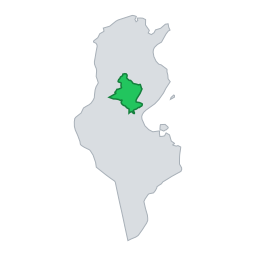 Sidi Bou Zid highlighted on a map of Tunisia
{"feature_id": "TUN-113", "entity_name": "Sidi Bou Zid", "entity_type": "Governorate", "adm_level": 1, "iso_a3": "TUN", "parent_name": "Tunisia", "parent_adm1": "", "projection": "robinson", "projection_center": [9.5, 34.865], "detail": "fine", "context": "in_parent", "style": "filled", "palette": "green", "viewbox_px": 256, "rotation_deg": 0, "n_neighbors": 0, "source": "natural_earth", "source_scale": "10m", "svg_char_len": 4624}
<svg xmlns="http://www.w3.org/2000/svg" viewBox="0 0 256 256"><path d="M180.7,147.0L180.7,147.8L179.8,153.9L179.6,156.0L179.5,159.7L179.5,164.1L181.6,167.8L181.7,169.5L180.9,171.4L177.0,173.5L171.9,176.3L167.6,179.0L162.8,181.9L161.4,183.8L159.0,185.3L157.0,186.7L156.7,188.1L155.3,190.7L153.5,192.9L149.0,193.8L148.1,194.5L146.0,197.6L145.1,198.9L143.9,201.5L145.4,208.2L147.4,215.2L147.7,218.1L147.7,220.5L146.6,223.1L144.2,226.8L142.5,229.5L139.0,234.4L138.0,235.6L135.7,237.1L131.1,239.0L127.9,240.6L126.3,233.2L124.9,226.8L123.8,221.5L121.8,212.2L120.0,204.3L118.3,196.5L116.8,189.4L115.3,182.2L114.6,181.1L109.9,177.8L105.6,174.6L101.2,171.1L96.3,167.2L95.6,162.4L93.1,155.1L90.5,151.0L89.6,149.9L84.3,147.3L81.3,145.4L80.4,144.3L79.9,141.3L77.7,135.4L75.3,130.0L74.4,126.4L74.3,121.8L74.8,118.5L75.9,117.1L81.1,113.0L83.5,108.0L86.4,106.2L89.0,104.8L91.0,103.2L92.9,100.6L94.3,97.8L94.5,94.8L95.1,90.0L96.1,86.7L98.3,82.9L97.4,79.9L96.2,76.6L96.6,70.9L96.3,68.6L95.4,66.6L94.5,64.0L94.4,61.8L95.4,56.1L96.1,51.8L97.2,46.1L96.8,44.5L96.0,43.3L93.6,42.1L93.5,41.3L94.1,40.5L97.8,37.7L99.8,33.7L101.4,32.8L103.9,31.4L103.8,29.8L103.3,28.1L109.7,26.2L115.9,21.2L118.1,20.0L132.3,15.4L134.2,15.7L136.3,16.4L135.7,18.1L134.9,19.4L136.1,21.8L137.8,20.4L137.4,19.4L137.3,18.1L140.2,18.0L142.8,18.2L145.6,19.6L145.5,25.0L149.3,30.4L148.2,33.0L151.3,34.6L154.1,32.7L155.5,29.9L160.6,28.3L165.4,24.2L168.1,23.8L168.7,27.2L170.0,30.1L168.2,31.1L165.9,34.2L161.5,42.1L157.4,44.5L154.4,47.5L153.4,49.7L153.1,52.2L153.9,56.7L156.1,61.3L158.7,64.1L161.2,64.9L167.0,69.3L167.0,71.9L167.8,75.0L168.1,78.8L170.2,81.7L165.9,88.3L163.5,93.0L158.9,99.5L154.8,103.8L146.0,110.1L143.8,112.2L142.4,114.3L141.7,116.6L142.0,119.3L144.9,125.8L148.8,129.7L152.8,131.8L159.6,130.9L159.4,133.4L159.9,136.5L162.7,136.3L164.6,135.8L166.1,132.9L169.5,134.9L171.3,141.1L174.1,143.0L174.5,143.7L173.5,144.2L172.7,144.9L173.5,145.4L176.3,146.1L178.0,145.6L180.7,147.0ZM166.1,129.9L165.4,130.0L164.1,130.9L163.5,131.0L161.5,130.0L160.8,130.0L159.9,129.3L160.2,125.6L160.5,124.6L165.1,124.4L167.7,126.7L168.1,127.2L168.2,127.9L167.0,129.1L166.1,129.9ZM174.4,97.2L170.4,99.4L171.1,97.4L173.8,95.0L174.5,95.6L174.4,97.2Z" fill="#d9dde1" stroke="#a8b0b8" stroke-width="1"/><path d="M124.8,73.7L126.2,73.9L126.9,74.8L127.1,75.2L127.1,75.3L127.0,76.4L126.9,76.8L126.7,77.8L126.8,78.0L127.0,78.4L129.0,80.2L129.1,80.3L129.6,80.4L129.9,80.4L130.2,80.4L130.3,80.4L130.6,80.4L132.2,82.1L132.3,82.2L132.5,82.7L132.6,82.8L132.9,83.2L133.1,83.3L133.4,83.4L134.1,83.7L136.1,84.1L138.4,84.8L138.5,84.9L138.8,84.8L140.1,84.4L140.3,84.5L141.4,87.9L141.5,88.2L142.0,88.9L140.0,93.5L136.9,98.4L136.3,99.7L136.1,100.2L136.1,100.4L136.0,100.9L136.0,101.2L136.2,101.8L136.2,102.0L136.3,102.1L139.3,102.5L139.8,102.7L142.0,103.7L142.1,103.8L142.2,104.0L142.3,104.1L142.2,104.8L142.0,105.4L142.0,105.6L141.9,105.7L141.8,105.8L141.7,105.9L141.6,106.0L140.3,106.7L140.1,106.9L139.7,107.3L139.5,107.5L139.3,107.5L138.7,107.5L138.4,107.5L138.2,107.6L137.0,108.6L136.7,108.8L136.2,109.1L134.6,109.6L133.9,110.0L133.6,110.3L133.3,110.6L133.2,110.8L133.2,111.0L133.3,111.1L133.8,111.5L134.0,111.8L134.1,112.0L134.3,112.4L134.3,112.6L134.4,112.8L134.4,113.2L134.4,113.3L134.3,113.5L134.2,113.5L133.9,113.5L133.6,113.4L133.1,113.2L133.0,112.9L132.9,112.7L132.7,112.4L132.4,112.2L131.9,111.9L131.7,111.8L131.2,111.8L130.1,112.2L129.8,112.4L129.0,113.1L129.1,109.3L129.1,109.2L128.8,108.9L128.5,108.7L127.3,108.1L127.1,108.0L126.4,107.4L126.2,107.2L125.7,106.4L125.4,106.2L125.2,106.0L123.6,105.4L123.4,105.3L123.1,105.1L122.4,104.5L121.9,104.0L121.6,103.6L121.5,103.4L121.3,103.0L121.3,102.7L121.2,102.5L121.2,102.4L121.3,102.3L121.3,102.0L121.9,100.4L122.0,100.3L122.0,100.2L121.9,100.1L121.5,100.1L121.3,100.1L121.0,100.3L120.7,100.4L120.3,100.3L118.6,99.5L115.9,99.0L113.4,98.9L109.1,97.3L115.6,93.6L115.8,93.4L115.8,93.2L115.7,93.2L115.3,93.0L115.2,92.9L115.1,92.7L114.9,92.4L115.0,92.2L115.2,91.9L116.0,91.0L116.2,90.7L116.4,90.3L116.5,90.1L116.7,89.8L116.9,89.4L117.1,89.3L117.2,89.2L117.7,89.3L117.9,89.4L118.0,89.4L119.1,88.8L120.4,88.4L121.1,88.0L121.3,87.8L121.4,87.7L121.5,87.4L121.4,87.3L121.4,87.2L121.2,86.6L121.1,86.3L121.0,86.0L121.0,85.4L121.0,85.0L121.2,83.7L121.2,83.4L121.2,83.2L121.0,82.9L120.9,82.8L120.6,82.6L118.6,82.0L118.3,81.8L118.2,81.7L118.1,81.3L118.2,81.2L118.3,80.6L118.7,79.6L118.9,79.4L119.0,79.2L119.3,79.1L119.7,78.7L119.8,78.5L119.9,78.4L120.2,77.5L120.3,77.3L120.4,77.2L120.6,76.9L120.9,76.7L121.8,76.2L122.2,75.9L122.5,75.5L122.6,75.3L122.7,75.1L122.8,74.7L122.9,74.1L124.3,73.8L124.8,73.7Z" fill="#22c55e" stroke="#15803d" stroke-width="1.5"/></svg>